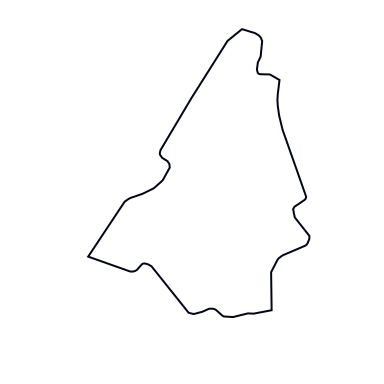 SVG path tracing the border of Brent, rotated 251°
{"feature_id": "GBR-2062", "entity_name": "Brent", "entity_type": "London Borough", "adm_level": 1, "iso_a3": "GBR", "parent_name": "United Kingdom", "parent_adm1": "", "projection": "orthographic", "projection_center": [-0.26, 51.562], "detail": "fine", "context": "isolated", "style": "outline", "palette": "ink", "viewbox_px": 384, "rotation_deg": 251, "n_neighbors": 0, "source": "natural_earth", "source_scale": "10m", "svg_char_len": 1061}
<svg xmlns="http://www.w3.org/2000/svg" viewBox="0 0 384 384"><g transform="rotate(251 192 192)"><path d="M329.7,292.3L321.6,303.4L318.4,306.1L315.5,307.3L311.9,307.5L297.7,301.0L293.0,296.4L286.5,293.2L283.3,293.0L282.0,293.6L281.1,295.0L277.8,303.9L269.4,311.2L257.1,305.2L251.2,302.7L245.3,301.1L236.1,299.3L221.4,297.9L150.4,298.4L149.4,297.9L148.3,296.8L147.8,295.7L144.7,284.1L142.8,282.0L134.5,280.9L112.3,288.7L109.5,287.7L105.7,284.4L104.9,283.2L104.4,281.8L102.6,257.1L101.2,252.6L100.2,250.9L90.4,240.7L54.3,228.8L56.9,210.7L59.0,205.4L60.4,190.1L63.9,181.7L65.1,180.5L73.0,176.1L74.1,174.9L74.8,173.8L75.9,170.9L76.0,169.7L75.4,162.8L75.9,155.3L76.2,153.6L78.9,149.5L135.0,129.5L138.0,126.8L140.0,123.7L140.2,122.4L140.0,121.2L136.3,114.6L135.9,112.9L135.9,111.0L136.3,109.3L137.0,107.6L164.7,72.8L204.8,125.2L206.1,129.8L206.4,131.8L206.4,144.8L208.0,157.2L212.5,168.0L222.3,178.9L225.7,179.7L229.1,178.9L234.0,174.9L237.7,173.9L239.0,174.1L241.8,175.8L281.2,222.3L323.3,274.8L329.7,292.3Z" fill="none" stroke="#020617" stroke-width="2"/></g></svg>